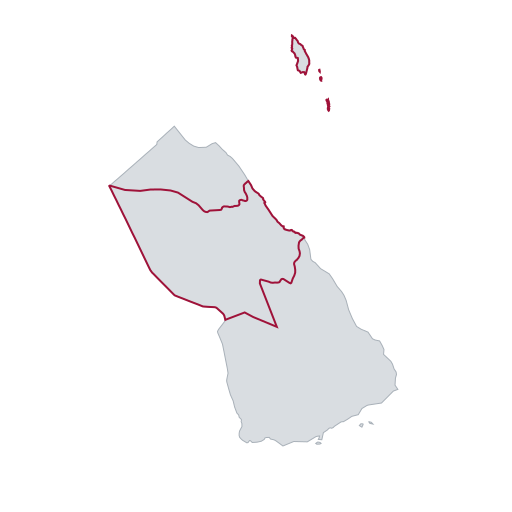 Yemen, with Hadramawt highlighted, rotated 252°
{"feature_id": "YEM-3497", "entity_name": "Hadramawt", "entity_type": "Governorate", "adm_level": 1, "iso_a3": "YEM", "parent_name": "Yemen", "parent_adm1": "", "projection": "orthographic", "projection_center": [51.058, 15.554], "detail": "fine", "context": "in_parent", "style": "outline", "palette": "rose", "viewbox_px": 512, "rotation_deg": 252, "n_neighbors": 0, "source": "natural_earth", "source_scale": "10m", "svg_char_len": 7552}
<svg xmlns="http://www.w3.org/2000/svg" viewBox="0 0 512 512"><g transform="rotate(252 256 256)"><path d="M404.7,218.4L388.1,224.6L383.8,227.3L379.8,230.7L376.9,234.9L374.8,242.3L376.4,249.0L376.3,252.6L372.0,255.0L368.0,256.8L363.6,259.4L360.8,260.1L358.6,262.2L356.1,263.7L346.8,267.5L336.6,270.4L320.4,273.9L314.2,277.7L308.4,280.3L299.8,281.0L287.9,284.6L281.3,287.4L273.1,292.1L271.2,293.6L269.8,297.0L267.2,300.0L262.2,304.9L258.5,307.4L256.0,307.5L251.2,308.8L245.5,309.0L235.9,307.2L233.4,308.3L231.4,310.2L224.0,313.5L216.4,320.1L210.8,321.8L201.9,323.8L195.7,326.4L191.5,327.5L186.1,328.0L176.2,327.5L166.7,328.3L157.9,329.9L153.8,333.4L149.0,339.0L141.3,341.2L139.4,343.2L137.0,347.3L132.0,348.3L127.5,348.8L123.0,346.9L114.2,351.7L110.9,352.4L106.0,352.4L102.4,353.4L99.9,353.0L96.8,350.9L90.2,348.3L85.3,349.7L85.1,344.9L77.4,329.9L79.5,317.2L79.6,315.4L78.2,309.6L73.5,304.2L73.9,297.6L72.5,292.8L71.4,287.9L71.8,286.7L71.9,285.5L69.8,277.9L69.0,276.4L68.8,274.8L69.6,273.6L69.6,272.2L68.4,269.9L67.2,265.5L60.9,261.8L62.3,258.6L63.5,259.8L65.2,260.8L65.6,258.8L65.7,257.2L63.4,247.4L67.9,234.6L67.0,222.9L73.3,218.4L74.9,217.1L75.9,215.9L77.4,213.3L79.4,212.5L80.2,209.7L80.2,208.3L79.0,207.1L78.2,203.8L78.6,199.6L79.0,197.9L79.8,194.8L82.0,193.7L82.5,192.8L81.0,190.7L81.2,189.5L84.9,186.3L86.4,185.4L88.7,184.4L90.6,184.5L92.6,185.2L94.5,186.2L96.2,187.9L98.1,189.9L101.0,190.8L103.1,190.7L104.7,191.6L106.1,191.1L107.7,190.2L110.2,190.4L112.5,189.3L119.0,189.0L125.3,189.5L131.8,188.8L138.3,189.0L144.9,189.3L146.3,189.5L147.7,190.1L153.2,193.2L157.4,193.9L165.8,194.9L174.8,196.0L182.6,196.9L189.2,196.4L194.8,195.9L196.2,196.1L197.9,197.9L201.1,202.6L204.1,206.9L209.6,207.3L213.2,205.7L217.1,203.5L219.5,201.8L222.4,194.8L224.2,190.3L228.4,185.3L231.8,181.1L236.4,175.5L238.9,172.4L243.9,166.3L248.7,164.0L257.7,159.4L266.6,155.0L272.4,152.1L277.3,150.8L285.6,149.7L295.2,148.4L304.9,147.0L315.2,145.6L326.6,144.0L334.5,142.9L344.5,141.5L352.8,140.3L360.2,139.2L367.8,138.1L369.3,141.5L370.8,144.9L372.2,148.4L373.7,151.8L375.1,155.2L376.6,158.6L378.1,162.0L379.5,165.4L381.0,168.9L382.5,172.3L383.9,175.7L385.4,179.1L386.9,182.5L388.3,185.9L389.8,189.3L391.3,192.8L392.7,196.1L395.1,197.2L396.5,200.3L398.5,204.8L400.6,209.3L402.6,213.9L404.7,218.4ZM428.5,355.7L430.6,356.1L433.7,354.9L442.7,354.6L453.6,358.2L451.6,359.3L450.4,360.7L445.6,362.0L440.9,365.0L427.2,366.6L423.1,365.9L419.8,363.1L413.6,359.4L416.0,357.1L416.5,356.0L417.4,354.9L420.9,353.1L424.4,353.3L428.5,355.7ZM63.6,305.2L63.1,305.9L62.5,305.7L60.5,303.8L62.8,301.9L64.0,303.8L63.6,305.2ZM58.8,259.3L57.7,260.0L57.4,258.7L58.2,255.7L59.3,254.9L60.0,257.1L59.5,258.3L58.8,259.3ZM62.2,314.3L60.0,315.3L61.6,312.6L63.1,312.1L63.5,312.2L62.2,314.3Z" fill="#d9dde1" stroke="#a8b0b8" stroke-width="1"/><path d="M367.9,138.1L368.1,138.7L359.3,151.8L353.7,166.0L351.8,176.3L348.7,186.0L344.7,195.0L340.4,201.4L327.2,212.3L324.7,215.3L322.0,217.1L316.3,219.5L314.9,220.3L314.1,221.0L313.4,221.9L312.8,223.2L312.9,224.0L313.2,224.7L313.5,226.0L310.9,235.9L310.8,237.2L311.3,237.8L311.8,238.3L312.5,238.7L312.9,239.6L313.1,240.8L311.8,244.3L311.2,245.3L310.7,245.9L310.4,247.1L310.4,248.0L310.0,248.9L310.1,249.9L310.2,250.7L310.2,251.3L309.9,252.0L309.7,252.9L309.4,254.3L309.7,255.5L310.3,256.2L311.3,256.5L312.2,256.6L313.6,257.0L313.9,257.4L314.1,258.1L314.0,259.4L313.6,260.0L313.1,260.4L312.5,261.5L312.0,262.1L311.6,262.7L311.5,263.3L311.5,263.9L311.7,264.5L312.2,265.1L314.3,265.8L315.9,265.9L318.5,265.6L319.3,265.4L320.1,265.1L322.3,265.0L324.5,265.6L326.3,265.9L327.1,266.3L327.7,267.1L328.0,267.8L328.4,268.4L328.6,269.3L329.0,269.9L329.2,270.5L329.5,271.0L329.5,271.7L329.6,271.9L324.9,273.2L321.3,273.5L318.2,274.8L317.3,275.4L314.8,277.5L314.3,277.8L312.9,278.0L311.0,279.1L308.9,280.6L308.4,280.6L307.8,280.3L306.9,280.5L305.5,281.1L304.9,281.3L304.6,281.4L304.3,281.4L304.1,280.7L303.9,280.3L303.6,280.3L303.1,280.5L301.0,280.7L296.2,282.2L288.9,284.1L285.0,286.2L283.6,286.8L282.1,287.0L281.4,287.4L280.1,288.3L277.3,289.5L276.0,290.5L275.7,291.5L275.4,291.5L274.9,291.2L274.2,291.0L273.4,291.1L272.7,291.4L272.2,291.9L270.6,294.3L269.9,295.5L269.6,296.9L269.9,297.1L269.9,297.4L269.8,297.9L269.7,298.1L269.3,298.3L267.9,298.9L267.6,299.1L267.4,299.9L267.0,300.2L266.4,300.3L265.8,300.6L265.7,300.8L265.6,301.1L265.6,301.9L265.5,302.1L265.2,302.3L265.0,302.5L264.6,303.4L264.1,303.8L262.8,304.3L260.8,306.8L260.2,307.2L259.6,307.5L259.4,307.6L259.2,307.7L258.9,307.6L258.6,307.6L258.6,307.3L258.5,306.9L258.3,306.2L257.4,304.5L257.2,303.9L257.1,303.3L256.8,302.7L256.3,301.9L255.6,301.1L252.6,299.6L249.8,298.8L247.2,298.9L245.0,298.6L242.6,297.4L241.0,295.7L240.5,294.8L239.7,293.7L239.4,292.6L238.7,291.3L238.1,290.5L237.3,290.0L236.4,289.7L234.0,289.6L230.6,289.0L228.0,288.1L225.5,286.3L223.2,284.0L219.6,281.3L219.3,280.5L220.1,279.5L225.6,275.0L226.1,274.0L226.1,273.0L224.7,271.1L223.9,270.2L223.9,269.4L224.0,268.4L225.0,265.5L225.1,264.7L225.4,263.5L226.2,261.8L227.7,260.1L232.1,253.4L231.7,252.3L228.7,251.2L182.2,253.9L198.9,234.4L205.8,227.8L204.8,207.1L209.1,207.4L210.2,207.2L211.2,206.9L215.2,204.6L219.0,202.4L220.0,201.1L222.3,195.1L224.0,190.9L224.5,189.8L227.8,185.9L232.7,179.8L238.0,173.4L241.0,169.7L243.6,166.6L244.4,166.1L248.6,164.0L254.2,161.2L260.5,158.0L266.1,155.2L270.8,152.9L272.2,152.1L275.3,151.1L279.5,150.5L284.7,149.8L289.9,149.1L295.1,148.4L300.3,147.7L305.5,147.0L310.7,146.3L315.9,145.5L321.2,144.8L326.4,144.1L331.6,143.4L336.8,142.6L342.0,141.9L347.2,141.1L352.4,140.4L357.6,139.6L362.8,138.9L367.9,138.1ZM452.2,358.6L453.1,358.4L453.8,358.0L454.1,358.1L454.6,358.3L454.2,358.7L453.2,359.0L452.5,359.3L451.8,359.4L451.5,359.7L451.4,360.6L450.0,361.2L448.9,361.5L447.5,362.1L446.0,362.0L444.8,362.5L444.5,362.7L443.9,363.6L443.6,363.8L442.7,364.2L441.8,365.0L441.3,365.3L440.3,365.2L438.7,365.4L438.2,365.3L437.6,365.5L436.9,366.1L436.1,365.9L435.6,365.7L434.6,366.0L433.1,366.2L429.1,367.1L427.6,367.2L425.6,367.1L423.8,366.5L422.3,366.1L421.6,365.5L421.0,364.8L420.5,364.1L420.0,363.4L419.1,363.1L417.7,362.2L414.2,360.0L413.4,359.3L413.3,359.1L413.6,358.8L414.5,359.1L415.2,359.0L415.9,358.6L416.1,358.5L416.1,358.2L416.4,357.5L416.5,357.2L416.3,355.2L416.8,355.0L417.3,354.9L418.7,354.6L419.0,354.1L419.4,353.6L419.7,353.2L420.4,353.2L422.2,353.5L423.3,353.6L424.1,353.5L424.9,353.4L426.2,354.6L428.5,356.3L430.1,356.7L431.3,357.0L432.0,356.1L432.3,355.3L433.2,355.1L433.9,355.2L434.5,355.4L435.6,355.3L436.7,355.3L438.0,354.6L438.4,354.4L439.2,353.9L439.6,353.4L440.4,353.3L440.9,353.8L441.4,354.1L442.1,354.6L442.6,354.4L443.0,354.2L443.2,354.3L443.5,354.7L443.8,355.0L444.4,355.0L445.2,355.1L445.5,355.6L446.0,355.8L447.2,356.3L448.5,356.6L449.9,357.3L450.6,357.5L452.2,358.6ZM379.3,371.1L380.3,371.5L382.2,371.1L382.7,371.2L382.8,371.5L382.4,371.7L382.0,372.1L382.3,372.3L382.6,372.9L381.7,372.7L381.3,372.8L380.7,373.0L379.1,372.7L377.7,372.6L377.5,372.3L377.1,371.8L376.9,371.8L376.7,371.8L376.0,372.0L375.6,372.1L375.1,371.4L375.0,371.2L374.9,371.3L374.2,371.0L373.7,371.1L373.4,371.2L373.1,371.0L373.0,370.9L371.9,370.4L371.7,370.0L372.2,369.8L372.7,369.7L373.6,369.7L374.5,370.0L375.6,370.7L376.3,370.9L376.9,370.9L377.8,371.1L379.3,371.1ZM404.9,371.8L405.4,371.8L405.9,372.1L406.1,372.7L406.0,373.2L405.6,373.3L405.0,373.4L404.0,373.0L403.4,372.4L402.6,372.2L402.8,371.9L403.3,371.7L403.7,371.8L404.1,371.6L404.4,371.6L404.9,371.8ZM411.5,373.6L412.1,373.3L412.8,373.3L413.1,373.5L413.5,373.6L413.5,373.9L412.5,373.8L412.0,373.8L411.5,373.6Z" fill="none" stroke="#9f1239" stroke-width="2"/></g></svg>